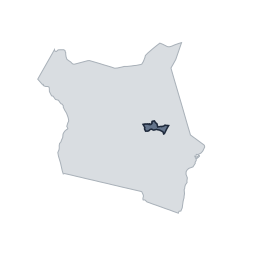 Balambala, North-Eastern, Kenya shown in context, rotated 344°
{"feature_id": "3690345B82306211866493", "entity_name": "Balambala", "entity_type": "district", "adm_level": 2, "iso_a3": "KEN", "parent_name": "Kenya", "parent_adm1": "North-Eastern", "projection": "orthographic", "projection_center": [39.23, -0.023], "detail": "fine", "context": "in_parent", "style": "filled", "palette": "slate", "viewbox_px": 256, "rotation_deg": 344, "n_neighbors": 0, "source": "geoboundaries", "source_scale": "gbopen_adm2", "svg_char_len": 5639}
<svg xmlns="http://www.w3.org/2000/svg" viewBox="0 0 256 256"><g transform="rotate(344 128 128)"><path d="M53.1,154.3L53.0,151.1L53.5,143.0L53.4,135.8L53.8,132.2L55.6,130.0L56.4,128.3L57.0,126.0L57.9,124.1L60.0,122.6L60.4,121.7L62.6,119.2L63.9,115.9L64.9,114.8L66.2,113.7L67.1,113.2L68.5,112.6L69.7,112.3L69.9,112.1L70.0,111.5L69.6,109.5L70.1,108.8L70.9,107.5L71.8,106.2L72.6,105.4L73.0,104.6L73.2,103.1L73.3,102.1L73.3,100.5L73.0,96.7L72.1,93.5L71.5,90.0L72.0,88.9L71.2,86.8L70.9,86.7L70.3,86.2L69.5,84.3L68.9,82.5L68.6,82.0L66.1,80.5L64.8,76.8L63.4,76.0L62.7,72.4L62.5,71.3L63.4,67.7L63.3,66.9L62.5,66.1L60.1,65.3L58.2,63.8L58.5,63.3L58.6,62.7L57.6,62.4L54.7,56.2L58.5,52.4L62.3,48.7L67.2,43.9L71.7,39.5L75.6,35.7L79.0,32.3L78.9,33.0L78.9,33.8L79.4,34.3L80.1,34.7L81.1,34.3L81.9,33.8L82.8,33.7L87.9,35.1L88.8,36.3L88.7,37.6L88.9,38.6L88.5,39.6L88.1,42.5L88.2,45.1L89.7,47.1L91.1,48.7L92.2,50.8L93.0,51.5L94.1,51.9L97.7,52.0L103.0,52.1L108.0,52.2L108.5,52.3L109.6,52.6L114.2,55.5L118.5,58.2L122.1,60.6L125.6,62.8L129.0,65.0L131.7,66.9L134.3,67.4L138.5,67.7L141.5,67.8L144.2,68.6L148.2,69.3L151.3,69.7L153.1,70.1L158.1,70.5L159.0,70.3L161.2,68.2L163.7,64.9L164.7,63.1L167.9,61.3L173.5,58.7L177.5,57.0L182.0,55.2L184.0,56.7L186.8,59.2L188.0,60.4L189.0,61.0L190.5,61.4L192.4,61.4L193.4,61.3L195.4,61.0L200.2,60.7L203.0,60.7L200.7,64.0L197.9,68.0L192.8,75.3L189.0,79.1L186.0,82.0L185.8,82.6L185.8,85.8L185.8,93.7L185.9,109.6L186.0,125.4L186.0,141.3L186.1,149.2L186.1,151.9L188.6,155.2L191.2,158.5L194.5,162.8L196.3,165.1L196.6,165.8L196.5,167.4L193.7,170.6L191.5,172.1L188.5,172.8L187.5,172.6L186.4,172.2L185.9,173.0L185.5,174.2L184.9,173.9L184.4,173.6L184.7,175.7L185.0,176.8L184.5,178.2L183.1,179.4L182.9,180.5L179.7,183.3L175.2,183.6L172.9,184.9L171.8,186.1L171.0,188.5L171.3,192.3L170.0,195.2L169.8,196.6L167.5,198.5L166.4,200.2L165.7,202.0L165.0,202.7L164.2,206.7L163.1,209.1L162.8,209.9L162.6,210.6L161.7,212.0L161.2,212.9L160.8,213.6L158.1,219.7L155.9,222.4L154.2,222.1L153.1,223.2L153.0,223.7L152.4,223.4L151.0,222.4L148.1,220.3L145.3,218.2L142.4,216.2L139.5,214.1L136.6,212.0L133.7,209.9L130.8,207.9L128.0,205.8L126.3,204.6L125.5,203.9L124.9,202.4L124.6,202.1L123.9,201.6L123.0,201.5L122.7,201.3L122.7,200.6L123.0,199.6L124.1,197.7L124.2,196.5L124.0,195.3L123.7,193.2L123.4,192.8L121.5,191.7L117.5,189.5L113.4,187.2L109.4,185.0L105.4,182.8L101.4,180.5L97.4,178.3L93.4,176.0L89.4,173.8L85.4,171.6L81.4,169.3L77.4,167.1L73.4,164.9L69.4,162.6L65.4,160.4L61.4,158.1L57.4,155.9L55.9,155.1L54.5,154.3L53.1,154.3ZM186.3,176.1L185.6,176.3L186.0,175.2L188.1,173.8L188.9,174.1L189.1,174.4L189.0,174.7L188.7,175.0L186.3,176.1Z" fill="#d9dde1" stroke="#a8b0b8" stroke-width="1"/><path d="M158.3,135.4L158.0,135.3L157.6,135.3L157.3,135.3L156.8,135.2L156.8,134.9L156.8,134.7L156.8,134.4L156.8,134.2L156.8,133.9L157.0,133.6L157.0,133.4L157.0,133.2L156.9,132.8L156.9,132.7L157.0,132.4L157.0,132.2L156.9,132.1L156.9,131.8L156.9,131.7L156.7,131.5L156.5,131.3L156.4,131.2L156.3,130.9L156.2,130.8L156.1,130.6L155.9,130.5L155.9,130.4L155.8,130.2L155.8,129.9L155.7,129.5L155.6,129.3L155.5,129.2L155.4,128.8L155.4,128.5L155.2,128.5L154.9,128.5L154.8,128.4L154.6,128.4L154.4,128.3L154.1,128.4L153.9,128.4L153.7,128.4L153.5,128.2L153.4,128.2L153.4,128.3L153.2,128.3L152.9,128.4L152.9,128.5L152.7,128.8L152.7,129.0L152.5,129.3L152.5,129.5L152.4,129.6L152.5,129.7L152.4,129.9L152.4,130.0L152.2,130.2L152.2,130.3L151.9,130.5L151.6,130.7L151.4,130.8L151.2,130.8L150.9,130.9L150.8,130.7L150.7,130.7L150.5,130.4L150.4,130.4L150.2,130.2L149.9,129.9L149.7,129.9L149.7,130.0L149.6,129.9L149.4,129.9L149.3,130.0L149.2,130.0L148.9,130.1L148.7,130.0L148.7,129.9L148.7,130.0L148.5,129.8L148.5,129.7L148.4,129.6L148.2,129.5L148.0,129.4L147.9,129.4L147.8,129.5L147.7,129.6L147.3,129.6L147.2,129.5L146.9,129.4L146.8,129.2L146.7,129.2L146.4,129.0L146.2,129.0L145.9,129.1L145.7,129.0L145.7,128.9L145.4,128.8L145.2,128.8L145.0,129.0L144.8,129.0L144.7,128.9L144.4,128.8L144.2,128.8L144.2,128.7L143.9,128.7L143.7,128.6L143.4,128.6L143.5,129.0L143.8,130.1L144.0,130.8L144.1,131.3L144.3,132.0L144.3,132.3L143.9,132.6L143.8,132.9L143.8,133.0L143.8,133.4L143.8,133.5L143.7,133.8L143.8,134.1L143.7,134.2L143.8,134.3L143.8,134.6L143.9,134.9L143.9,135.0L143.9,135.4L144.0,135.5L144.0,135.8L144.1,136.0L144.3,136.0L144.6,136.0L144.9,136.1L145.1,136.2L145.3,136.2L145.5,136.3L145.8,136.4L146.0,136.4L146.3,136.5L146.6,136.5L147.0,136.3L147.2,136.2L147.3,136.2L147.6,136.3L147.8,136.1L148.0,135.9L148.3,135.7L148.5,135.7L148.8,135.6L149.2,135.5L149.4,135.5L149.5,135.5L149.8,135.6L150.1,135.6L150.4,135.6L150.5,135.6L150.7,135.8L150.9,136.1L151.5,136.7L151.6,136.9L151.8,137.0L152.0,137.0L152.3,137.1L152.5,137.2L152.8,137.1L153.0,137.1L153.4,137.1L153.6,137.2L154.4,137.2L154.5,137.2L154.8,137.2L155.0,137.2L155.2,137.3L155.4,137.4L155.7,137.6L155.8,137.7L156.0,137.8L156.4,138.1L156.5,138.2L157.0,138.2L157.1,138.3L157.4,138.4L157.7,138.7L157.9,138.8L158.0,138.9L158.2,139.0L158.4,139.2L158.4,139.3L158.7,139.4L158.8,139.5L159.1,140.0L159.3,140.2L159.5,140.3L159.8,140.5L160.1,141.0L160.5,141.3L160.6,141.5L160.6,143.6L160.8,143.6L161.0,143.4L161.4,143.4L161.5,143.4L165.0,139.5L165.1,139.4L167.6,137.0L167.7,136.9L167.4,136.8L167.3,136.7L167.2,136.7L166.9,136.6L166.6,136.4L166.4,136.3L166.2,136.3L166.1,136.2L165.9,136.2L165.7,136.1L165.4,136.1L165.2,136.0L165.0,135.9L164.9,135.8L164.7,135.6L164.4,135.4L164.3,135.5L164.2,135.6L163.9,135.7L163.7,135.8L163.4,135.9L163.2,135.9L162.9,135.9L162.2,136.1L161.8,136.0L161.7,136.0L161.6,135.9L161.4,135.9L161.2,135.8L160.7,136.0L160.4,135.7L160.0,135.5L159.9,135.5L158.3,135.4Z" fill="#64748b" stroke="#1e293b" stroke-width="1.5"/></g></svg>